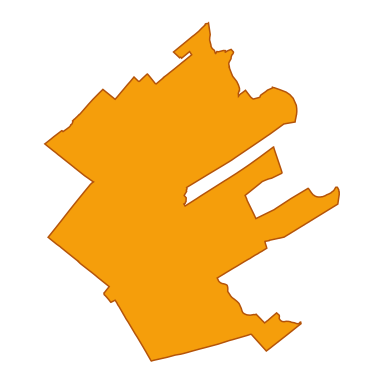 outline of Frumusani, Calarasi, Romania
{"feature_id": "2599482B46828357361633", "entity_name": "Frumusani", "entity_type": "district", "adm_level": 2, "iso_a3": "ROU", "parent_name": "Romania", "parent_adm1": "Calarasi", "projection": "orthographic", "projection_center": [26.321, 44.314], "detail": "fine", "context": "isolated", "style": "filled", "palette": "amber", "viewbox_px": 384, "rotation_deg": 0, "n_neighbors": 0, "source": "geoboundaries", "source_scale": "gbopen_adm2", "svg_char_len": 5848}
<svg xmlns="http://www.w3.org/2000/svg" viewBox="0 0 384 384"><path d="M339.2,194.6L339.2,192.1L339.2,191.8L339.0,191.5L338.8,191.3L338.8,191.0L338.8,190.6L338.8,190.2L338.7,189.8L337.8,188.1L337.5,187.5L337.2,187.2L336.6,187.2L335.8,187.3L335.6,187.4L335.4,187.9L334.1,190.1L333.4,190.9L331.7,192.1L330.9,192.9L328.3,194.2L327.1,194.6L326.0,195.2L325.5,195.6L322.6,196.7L321.5,196.8L320.3,197.0L318.4,197.0L317.0,196.8L315.5,196.3L315.1,196.1L313.8,195.2L313.1,194.8L311.5,192.9L308.8,189.0L308.3,188.4L307.9,188.4L307.0,189.0L291.1,198.5L275.5,208.7L274.1,209.7L271.8,210.8L255.9,218.6L253.9,214.3L247.3,200.8L246.9,199.8L246.7,198.9L246.5,198.4L245.1,195.4L248.6,192.6L259.9,183.5L262.3,181.5L265.8,180.0L268.7,178.9L271.6,178.2L281.7,173.3L282.0,172.7L281.9,172.2L281.0,169.3L274.7,150.6L273.7,147.4L273.6,147.0L273.3,147.1L270.2,149.4L259.7,157.2L248.1,165.5L243.4,168.7L237.7,172.5L236.7,173.2L228.7,178.3L226.8,179.5L225.1,180.5L214.4,187.3L200.8,195.9L196.6,198.7L185.1,206.0L183.9,204.0L185.1,203.4L185.3,202.8L185.5,202.0L186.0,201.7L186.2,197.8L184.9,196.3L184.4,195.8L184.2,195.6L184.4,195.0L185.1,193.9L186.1,192.2L186.6,191.4L186.6,191.0L186.3,190.1L186.8,189.2L187.0,188.8L186.6,187.5L188.2,186.5L209.4,173.6L222.9,165.5L231.7,160.1L235.4,157.5L253.3,145.4L267.2,135.9L269.9,134.1L283.8,124.0L285.8,123.6L295.1,122.0L295.4,119.9L295.8,118.0L296.4,114.9L296.5,114.7L296.7,112.7L296.8,111.3L296.7,108.4L296.3,105.3L293.2,98.3L289.8,94.6L286.1,92.1L280.2,89.8L274.5,87.8L273.4,87.6L272.4,87.2L272.2,88.1L267.5,90.1L265.7,91.6L261.0,94.9L260.6,95.3L260.4,95.6L260.3,95.8L260.2,96.5L260.1,96.8L259.8,97.1L258.8,97.6L253.4,99.0L253.2,99.0L252.4,98.5L251.3,97.6L250.7,97.1L245.5,90.3L242.2,92.8L240.4,94.0L239.6,94.8L238.5,96.2L238.3,93.1L238.7,92.3L238.8,91.7L239.0,91.0L239.5,90.9L239.5,88.3L238.4,84.9L236.7,81.4L232.7,76.3L231.5,73.5L230.7,71.4L229.1,67.2L229.4,67.1L228.8,64.2L228.8,62.9L229.7,61.1L230.6,59.5L231.0,58.8L231.1,58.2L231.1,57.4L231.4,56.3L231.9,55.0L232.8,54.0L233.1,53.4L233.5,52.3L233.4,51.9L231.1,49.4L228.3,50.5L226.7,51.3L225.5,52.2L225.3,52.2L225.2,52.1L225.5,50.8L225.4,50.6L223.4,50.5L218.3,51.8L216.9,51.5L215.7,53.5L215.3,53.2L215.0,52.4L214.6,51.0L214.4,50.5L213.9,49.9L212.7,49.0L212.2,48.5L211.0,46.4L211.0,45.4L210.8,44.5L209.6,40.0L209.8,36.8L210.0,36.2L210.2,34.4L208.5,23.0L208.2,23.3L207.6,23.5L206.0,23.7L205.7,23.8L205.1,24.3L205.1,25.0L201.8,28.1L198.4,31.6L197.9,32.0L195.2,34.3L193.3,35.8L192.8,36.1L174.6,51.1L173.5,52.0L175.5,53.9L176.7,55.0L177.4,55.7L178.3,56.5L179.2,57.4L179.6,57.8L180.5,57.2L180.8,57.2L181.6,58.2L189.6,51.6L191.7,54.8L184.6,60.6L183.1,61.8L181.6,63.0L179.1,65.1L178.2,65.8L174.3,69.0L169.6,72.7L167.4,74.5L166.1,75.5L163.5,77.4L163.6,77.6L156.2,83.9L155.9,83.8L155.3,83.6L149.7,76.6L147.8,74.4L147.5,74.1L147.3,74.0L147.1,74.1L146.9,74.3L146.1,75.0L142.9,78.0L139.7,81.1L139.5,81.3L139.2,81.4L138.8,81.4L138.5,81.3L137.7,80.6L134.0,77.0L131.6,79.9L130.2,81.6L127.8,84.3L126.7,85.6L124.2,88.6L120.8,92.6L119.9,93.7L118.8,95.0L117.5,96.6L115.1,99.3L102.9,89.4L99.7,92.5L92.8,99.5L88.8,103.9L80.8,113.1L79.5,114.5L79.3,114.7L79.1,114.6L77.1,116.7L76.4,117.3L75.9,117.8L74.6,119.1L74.4,119.1L72.6,120.9L73.0,121.2L72.1,123.8L70.7,124.9L70.6,125.2L70.7,125.4L69.6,126.8L66.3,129.3L63.0,131.6L62.6,131.2L62.0,130.7L61.8,130.7L61.7,130.7L54.2,136.4L46.0,143.0L44.8,143.9L46.5,145.3L53.6,151.0L54.8,151.9L56.3,153.1L58.3,154.8L59.9,156.0L66.4,161.2L73.7,167.0L74.6,167.8L78.3,170.7L80.8,172.7L84.7,175.8L87.6,177.8L92.2,181.1L93.5,181.9L91.5,183.3L91.4,183.4L91.1,183.7L90.9,184.0L89.9,185.0L88.8,186.4L86.4,189.3L84.0,192.2L82.5,194.1L81.0,195.9L77.2,200.6L73.1,205.7L69.3,210.5L67.2,213.2L66.9,213.6L65.3,215.6L62.6,219.1L55.0,228.7L48.1,237.3L56.4,244.0L58.6,245.6L60.3,246.8L61.0,247.5L63.0,249.1L65.3,251.0L77.8,261.0L77.9,260.9L78.4,261.4L78.2,261.5L80.5,263.7L88.7,270.1L92.7,273.2L98.6,278.1L109.2,286.6L106.3,290.2L104.9,292.0L103.9,293.1L104.2,293.8L104.1,294.2L104.1,294.4L104.3,294.8L104.7,295.1L105.3,295.7L106.7,297.2L108.8,299.7L110.2,301.5L110.7,302.2L110.9,302.3L115.1,300.2L115.6,300.9L116.9,303.0L117.7,304.6L118.3,305.6L118.8,306.2L121.4,310.7L121.9,311.6L122.5,312.6L123.2,313.9L124.5,316.1L126.0,318.8L128.3,322.3L135.3,334.1L137.3,337.2L138.5,339.2L143.6,347.8L144.1,348.7L146.1,352.1L147.1,353.9L150.1,359.1L150.9,360.5L151.3,361.0L153.7,360.3L166.2,357.5L167.1,357.3L175.1,355.1L178.0,354.6L180.6,354.2L181.4,354.0L183.5,353.5L187.2,352.5L192.8,350.9L199.7,349.0L204.0,347.9L210.4,346.2L217.9,344.2L229.4,340.5L232.8,339.6L247.3,335.4L250.2,334.4L250.4,334.3L251.4,334.4L266.3,351.0L268.2,349.6L270.7,347.7L272.3,346.4L284.8,336.6L287.6,334.4L293.6,329.6L297.3,326.6L301.0,323.7L300.7,322.1L300.2,322.1L299.4,323.1L298.5,323.7L297.5,323.7L296.3,323.5L294.8,322.9L294.1,322.7L291.5,322.3L290.5,321.8L288.6,321.4L286.2,321.3L284.1,321.7L282.8,321.6L281.7,321.3L280.9,320.7L280.1,320.0L279.4,318.9L279.2,318.5L279.4,316.2L279.2,315.2L276.6,312.9L272.2,316.6L269.9,318.6L267.9,320.4L267.0,321.0L265.8,322.0L264.6,322.9L261.5,319.8L261.1,319.3L256.1,314.2L255.2,314.7L254.6,314.7L254.0,314.5L253.5,314.6L252.0,314.9L250.1,315.2L247.2,314.9L246.2,314.6L244.4,313.8L243.2,313.0L242.5,312.0L241.9,310.6L241.3,308.5L239.2,303.8L238.5,302.9L236.9,301.3L234.2,299.1L233.2,298.4L232.0,297.5L231.0,296.4L230.3,295.5L230.2,295.2L227.7,291.4L227.8,289.6L227.8,288.4L227.7,287.2L227.3,285.7L227.0,285.2L226.6,284.9L225.6,284.4L224.4,284.0L223.7,283.8L222.0,283.5L220.4,282.7L219.4,281.9L218.8,281.3L217.2,278.0L233.2,268.3L237.2,266.0L238.8,265.0L241.6,263.3L244.2,261.7L246.8,260.2L248.3,259.3L249.1,258.9L249.6,258.7L252.0,257.1L255.2,255.1L257.7,253.8L259.8,252.4L261.9,251.3L262.6,250.8L266.8,248.2L266.3,246.4L265.5,243.9L265.0,241.9L265.0,241.4L269.2,240.6L269.3,240.3L284.1,237.1L337.8,204.1L339.2,194.6Z" fill="#f59e0b" stroke="#b45309" stroke-width="1.5"/></svg>